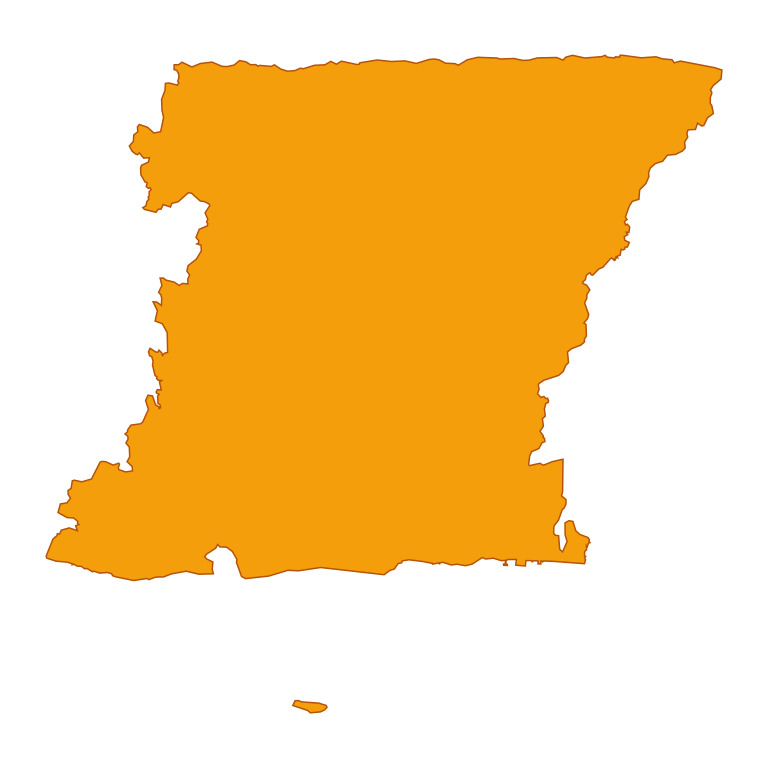 outline of Sampang, Jawa Timur, Indonesia
{"feature_id": "22746128B2542813239591", "entity_name": "Sampang", "entity_type": "district", "adm_level": 2, "iso_a3": "IDN", "parent_name": "Indonesia", "parent_adm1": "Jawa Timur", "projection": "orthographic", "projection_center": [113.241, -7.101], "detail": "fine", "context": "isolated", "style": "filled", "palette": "amber", "viewbox_px": 768, "rotation_deg": 0, "n_neighbors": 0, "source": "geoboundaries", "source_scale": "gbopen_adm2", "svg_char_len": 6009}
<svg xmlns="http://www.w3.org/2000/svg" viewBox="0 0 768 768"><path d="M46.1,556.2L46.9,558.2L55.8,561.1L67.4,562.2L72.3,563.9L72.2,564.8L73.5,564.2L77.2,566.1L81.5,566.4L84.6,568.8L86.9,568.5L92.6,571.8L94.0,571.2L99.6,573.1L107.4,572.5L111.7,573.8L112.6,575.7L116.0,576.9L133.7,580.5L146.9,578.5L148.9,579.6L155.7,577.1L163.7,576.9L171.3,573.9L186.3,571.2L198.8,574.2L213.4,573.8L212.2,569.2L212.9,562.0L206.8,559.0L204.7,556.7L206.6,554.1L215.7,548.2L217.7,544.5L219.8,546.9L226.7,547.2L232.4,551.5L236.9,559.4L236.5,562.5L241.5,576.4L245.5,578.6L268.6,576.1L287.9,570.3L298.6,570.8L320.7,567.5L384.1,574.7L389.8,570.5L394.4,569.0L398.0,563.6L401.7,562.8L402.2,560.9L409.0,559.8L422.6,561.5L432.6,563.4L432.6,564.1L438.1,563.1L439.6,563.8L439.7,562.7L443.1,562.4L451.3,565.0L456.8,564.2L465.5,565.7L472.2,564.1L482.4,557.5L485.5,559.0L493.2,558.2L501.5,560.7L505.6,560.3L505.1,563.9L503.5,564.1L503.7,565.3L507.4,565.5L507.3,564.4L505.9,564.3L506.0,560.7L507.9,559.5L516.3,559.5L515.8,565.2L525.4,566.0L525.9,560.6L531.4,560.6L532.2,561.8L533.6,560.7L538.1,560.9L538.0,563.9L540.8,564.0L540.9,561.1L541.8,560.9L542.7,561.9L543.6,561.0L554.1,561.4L584.5,563.7L585.6,559.6L584.6,558.1L585.7,556.3L584.5,555.8L584.7,551.4L586.6,549.8L586.4,545.6L587.3,546.7L588.4,543.4L590.0,542.6L589.0,541.8L589.4,539.8L588.1,537.6L579.8,534.4L575.8,530.8L572.9,521.4L568.9,520.7L565.0,522.9L565.1,534.6L567.1,541.5L562.6,551.9L559.7,549.3L558.6,535.7L555.1,535.2L553.6,533.0L554.0,526.0L558.4,520.3L562.4,509.2L563.8,508.6L566.0,504.0L566.0,499.6L561.5,495.8L562.6,491.8L563.0,459.2L552.2,461.7L543.4,465.2L539.9,463.3L529.5,465.6L528.6,464.7L529.7,455.9L531.6,451.7L538.9,448.5L542.1,442.6L544.9,441.6L544.5,438.3L543.0,437.4L543.3,435.9L540.0,431.2L543.4,426.2L542.4,418.7L545.3,416.1L544.4,408.9L545.9,403.3L548.2,402.5L548.5,400.8L547.6,398.2L545.9,398.6L543.9,396.5L540.9,397.4L537.5,393.7L539.1,389.4L538.3,385.1L538.9,383.6L544.1,380.1L558.6,375.4L563.2,371.5L565.7,365.5L568.5,362.6L567.5,351.9L571.7,348.6L580.9,345.1L584.5,341.9L584.4,339.1L586.4,336.0L586.0,324.5L583.9,323.0L587.5,318.7L588.7,314.7L584.6,302.8L586.8,298.3L586.9,294.5L589.8,289.9L586.6,285.1L583.1,283.6L582.7,282.0L585.4,279.7L586.3,275.4L589.8,272.6L591.4,274.9L592.8,275.1L599.0,268.8L602.8,267.3L610.5,258.6L611.6,258.0L614.5,260.5L615.2,260.0L613.9,259.1L616.0,258.4L616.0,256.8L617.5,257.6L616.9,256.4L620.1,255.2L621.2,249.4L623.2,249.9L624.7,249.1L625.1,247.2L627.4,247.0L629.3,242.5L624.7,240.2L624.3,236.6L627.7,234.7L626.3,232.2L628.9,232.5L629.7,227.1L627.4,224.2L625.6,224.9L624.4,221.5L627.1,219.5L625.4,217.2L629.3,206.0L632.4,201.3L638.9,199.3L639.7,189.8L645.8,183.7L648.9,176.7L648.6,172.6L650.3,168.0L655.3,163.6L662.6,161.3L667.4,155.2L675.6,154.4L682.4,151.0L685.2,148.0L684.6,142.0L687.7,137.2L686.9,133.2L688.1,129.8L695.4,129.5L697.6,123.2L701.7,126.0L703.8,125.5L707.5,117.8L713.4,113.5L711.8,105.6L710.3,103.6L710.3,97.5L711.9,92.8L710.5,89.7L713.2,85.6L721.1,79.0L721.9,70.0L714.4,67.6L680.4,61.1L674.2,62.8L672.0,59.7L662.3,58.8L656.0,56.8L641.3,57.8L621.9,55.2L620.0,55.3L619.7,57.1L615.4,56.8L614.5,57.9L607.2,57.2L605.2,55.3L601.9,56.6L584.8,58.0L572.5,55.3L565.7,57.2L563.0,60.1L556.7,57.5L537.4,57.9L528.9,60.2L522.8,60.4L514.0,58.5L499.9,59.0L496.9,58.0L477.8,57.3L467.3,59.8L458.3,65.2L455.0,63.6L445.5,63.2L439.2,59.9L434.5,59.0L429.4,59.4L416.3,63.4L405.1,60.9L391.4,61.5L377.2,60.0L359.8,62.8L359.2,64.2L356.8,64.5L341.4,61.2L336.4,64.2L330.8,61.4L324.9,64.8L314.4,65.3L303.5,68.7L300.3,68.2L295.0,70.6L287.5,71.2L280.6,69.0L274.4,64.8L271.4,66.4L259.6,65.4L258.1,66.2L255.8,64.6L250.4,64.7L245.9,61.8L239.5,60.6L234.2,65.0L227.0,66.6L221.9,66.3L212.0,62.1L200.3,63.5L191.9,67.0L181.9,62.2L178.5,64.8L174.2,64.7L174.0,69.5L176.7,70.4L178.5,73.5L179.0,76.9L177.8,81.4L178.8,82.8L177.4,85.1L169.1,83.0L165.4,83.4L165.0,90.4L161.6,99.2L162.0,110.3L163.6,117.5L160.6,131.7L153.9,133.0L147.4,127.2L139.3,124.5L137.4,127.0L137.8,131.8L133.7,135.0L133.4,141.4L129.3,146.0L132.1,151.2L135.6,154.0L137.5,154.7L139.4,152.9L143.6,158.1L149.4,157.7L148.4,162.1L141.5,165.3L140.6,167.8L140.9,174.8L144.9,181.8L147.3,182.8L146.2,186.5L148.4,188.4L150.1,187.8L151.2,189.5L149.1,191.7L149.2,195.7L148.1,197.1L148.8,199.3L146.9,201.5L145.9,205.8L142.8,207.7L144.5,209.4L156.0,212.3L158.2,209.2L161.0,209.2L163.2,204.6L170.5,207.0L171.7,203.4L178.1,201.8L188.5,192.6L191.7,193.3L200.2,201.0L204.5,201.6L209.2,204.1L209.8,205.6L205.1,212.8L207.8,219.2L206.6,222.0L207.7,223.5L207.4,225.8L199.2,229.3L196.0,237.5L198.7,240.5L198.5,243.0L196.9,243.9L201.0,245.2L201.3,250.9L196.3,259.2L188.1,265.6L186.9,271.1L189.6,275.0L187.8,279.0L187.9,283.9L182.5,283.4L179.3,285.5L174.2,282.1L166.0,280.1L163.5,278.1L160.1,278.1L161.9,285.4L158.6,292.3L160.9,294.9L161.7,298.5L161.4,305.4L156.6,302.0L153.1,301.8L157.4,310.8L155.1,321.0L162.3,323.7L167.2,332.6L167.6,352.4L164.6,353.1L162.5,355.4L161.9,353.0L159.0,350.1L157.8,352.2L156.0,352.1L150.0,348.3L148.5,351.8L149.6,355.8L151.7,356.6L153.1,361.2L152.5,365.2L155.1,375.6L156.9,376.7L156.6,378.6L158.4,380.4L161.5,380.5L159.5,382.0L161.2,390.0L157.4,389.6L156.2,391.9L156.6,393.2L159.1,394.3L157.6,396.1L158.0,403.6L160.0,404.6L160.6,407.8L159.1,408.5L159.1,407.0L155.6,404.8L152.5,395.9L148.0,395.2L145.6,400.5L148.4,409.4L142.7,422.1L140.6,423.8L131.0,425.1L127.9,429.4L127.4,432.0L125.0,434.0L127.9,436.4L128.0,439.3L125.9,443.0L129.3,447.1L129.7,456.8L127.1,461.7L132.2,466.6L132.5,470.9L125.7,471.9L119.0,469.7L118.3,467.9L119.5,464.1L118.7,463.2L113.2,465.1L105.7,461.7L101.9,461.4L100.1,462.1L91.5,479.0L81.9,481.8L74.2,480.2L72.3,480.8L71.1,488.4L68.0,490.4L68.1,494.3L70.5,498.2L66.9,502.9L60.4,503.9L58.0,512.6L67.2,517.6L73.6,518.0L77.8,521.4L77.5,523.4L78.8,524.6L75.6,525.8L77.4,530.7L69.2,527.9L61.2,530.2L59.7,534.0L57.3,533.7L57.1,535.5L53.0,539.0L46.1,556.2ZM298.6,700.6L295.1,700.7L292.8,705.5L307.5,710.4L310.4,712.8L320.5,711.9L324.6,709.9L327.0,707.3L326.1,705.4L318.7,703.1L301.7,701.9L298.6,700.6Z" fill="#f59e0b" stroke="#b45309" stroke-width="1.5"/></svg>